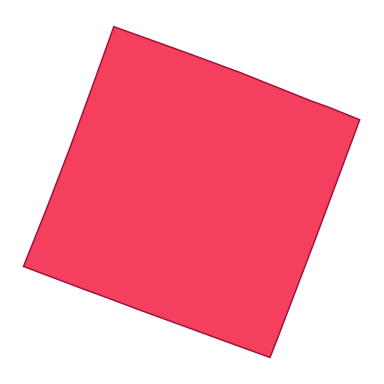 Jefferson, Wisconsin, United States of America, rotated 200°
{"feature_id": "52423323B37691969207110", "entity_name": "Jefferson", "entity_type": "district", "adm_level": 2, "iso_a3": "USA", "parent_name": "United States of America", "parent_adm1": "Wisconsin", "projection": "equal_earth", "projection_center": [-88.78, 43.02], "detail": "fine", "context": "isolated", "style": "filled", "palette": "rose", "viewbox_px": 384, "rotation_deg": 200, "n_neighbors": 0, "source": "geoboundaries", "source_scale": "gbopen_adm2", "svg_char_len": 407}
<svg xmlns="http://www.w3.org/2000/svg" viewBox="0 0 384 384"><g transform="rotate(200 192 192)"><path d="M62.1,63.2L61.6,84.2L60.0,189.5L59.5,253.5L59.1,317.2L92.4,318.4L112.0,318.3L190.8,320.8L193.8,320.7L234.8,320.9L256.5,320.9L322.0,320.6L321.7,256.7L321.8,192.5L322.9,128.5L324.9,64.4L259.1,63.6L237.1,63.6L200.4,63.2L83.4,63.1L62.1,63.2Z" fill="#f43f5e" stroke="#9f1239" stroke-width="1.5"/></g></svg>